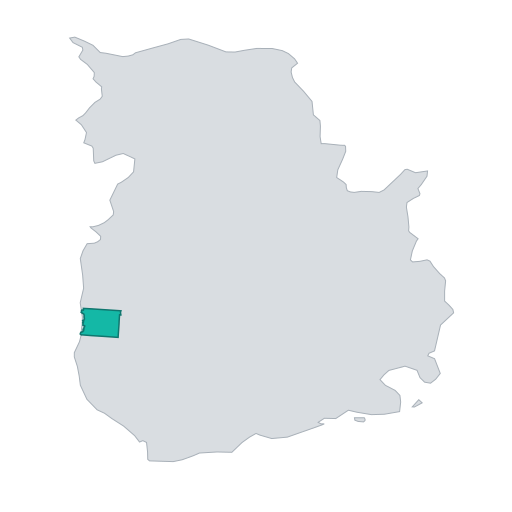 Anlong Veaeng, Siemréab, Cambodia (highlighted), rotated 274°
{"feature_id": "14789045B31734581894199", "entity_name": "Anlong Veaeng", "entity_type": "district", "adm_level": 2, "iso_a3": "KHM", "parent_name": "Cambodia", "parent_adm1": "Siemréab", "projection": "natural_earth1", "projection_center": [103.997, 14.166], "detail": "fine", "context": "in_parent", "style": "filled", "palette": "teal", "viewbox_px": 512, "rotation_deg": 274, "n_neighbors": 0, "source": "geoboundaries", "source_scale": "gbopen_adm2", "svg_char_len": 5132}
<svg xmlns="http://www.w3.org/2000/svg" viewBox="0 0 512 512"><g transform="rotate(274 256 256)"><path d="M460.4,54.9L461.7,60.0L458.4,69.8L454.8,78.7L448.1,86.4L447.8,92.1L445.6,109.1L446.5,114.5L448.1,119.1L450.3,121.6L456.2,138.2L461.5,153.4L466.8,165.8L467.8,173.7L463.0,193.6L457.5,211.8L458.0,220.9L460.4,230.1L463.1,242.2L464.1,257.8L462.7,267.9L460.2,274.2L455.4,280.7L451.2,284.0L446.1,278.5L442.0,278.2L436.6,279.9L432.3,282.4L423.7,291.9L414.1,301.1L400.8,303.4L395.6,310.3L390.0,311.2L379.5,311.6L372.6,313.2L372.9,316.6L372.4,332.9L372.6,336.7L371.5,337.7L366.7,338.2L358.7,335.7L347.7,331.6L339.9,331.0L335.9,338.1L333.6,340.9L330.6,341.3L327.5,342.5L326.5,345.7L326.3,349.6L327.8,356.4L328.3,367.1L328.0,374.4L330.8,379.1L347.6,394.6L352.5,398.5L353.1,400.8L350.2,409.3L352.8,421.2L347.5,421.0L338.8,415.9L334.6,412.8L329.6,415.2L327.8,414.8L324.4,408.9L319.9,402.9L315.3,402.6L305.5,404.9L295.6,406.5L291.8,406.5L290.3,407.6L284.5,416.5L282.1,415.0L272.0,411.6L262.9,410.3L261.0,412.6L262.1,419.8L264.1,426.9L263.0,429.9L257.9,433.7L251.3,440.4L247.2,445.6L244.4,446.9L234.3,446.6L224.2,447.3L220.2,452.2L216.4,456.1L213.1,457.1L200.0,444.9L173.8,440.7L171.0,435.3L168.4,434.3L166.0,441.3L151.7,448.0L145.7,443.9L141.3,439.0L141.9,433.0L146.1,428.1L153.2,424.6L156.5,412.3L151.1,396.5L146.3,391.9L141.3,388.3L136.0,394.1L131.6,404.2L126.9,409.3L120.4,410.5L110.8,410.1L107.1,395.1L105.8,382.2L107.2,367.6L108.6,358.9L99.4,346.9L98.9,335.5L94.4,329.6L93.1,332.5L93.3,335.8L92.0,333.4L77.5,299.9L75.0,284.4L77.6,272.4L79.0,268.4L74.8,262.1L68.9,255.0L58.5,245.6L57.8,230.8L55.5,213.3L52.4,207.4L47.6,196.6L45.1,187.7L44.2,164.1L45.6,162.2L53.0,161.5L62.4,159.8L63.9,156.0L62.3,152.8L68.3,147.5L77.1,135.8L83.8,123.5L88.6,115.8L91.5,108.2L101.3,97.3L114.8,89.8L123.9,88.0L133.4,85.5L142.6,81.8L146.9,81.5L158.2,85.9L164.3,87.0L170.7,87.0L177.4,87.4L183.2,87.0L197.1,83.9L211.8,86.3L224.9,84.4L241.2,80.9L249.2,83.1L256.5,86.7L257.5,93.8L259.2,97.1L261.6,99.7L264.8,99.7L269.0,94.6L272.4,89.5L273.6,88.5L273.7,91.1L275.5,96.7L278.6,102.2L281.7,105.8L287.0,110.7L290.4,110.9L301.5,106.3L318.1,113.0L320.1,116.4L325.5,123.2L331.4,128.0L344.4,128.4L349.0,116.4L346.7,109.1L339.3,96.3L337.2,88.8L339.6,87.5L352.1,86.1L354.2,84.6L356.9,76.3L360.3,77.3L367.3,78.3L374.7,72.7L379.0,66.8L381.4,69.5L384.0,73.6L386.8,76.0L392.2,79.6L398.0,84.6L401.6,89.6L404.6,91.5L412.0,90.1L414.0,90.3L418.3,84.3L421.4,81.1L423.9,82.0L427.7,81.9L435.4,74.3L439.9,67.3L442.3,65.4L449.3,68.9L452.1,68.2L456.1,58.6L460.4,54.9ZM102.2,375.3L100.7,376.2L99.4,376.2L98.0,374.8L98.1,369.4L99.1,366.1L101.5,365.5L102.2,375.3ZM124.0,428.4L121.1,432.0L116.4,424.5L116.4,422.4L124.0,428.4Z" fill="#d9dde1" stroke="#a8b0b8" stroke-width="1"/><path d="M191.9,125.1L191.9,120.8L191.8,97.4L191.8,97.2L191.8,96.0L191.7,87.5L191.3,87.6L191.1,87.6L190.9,87.6L190.7,87.7L190.4,87.7L190.2,87.7L189.9,87.5L189.8,87.4L189.9,87.1L190.0,86.7L190.0,86.3L190.0,86.1L189.9,86.0L189.7,85.9L189.4,85.7L189.2,85.7L189.1,85.8L188.9,85.8L188.7,85.9L188.4,85.8L188.3,85.7L188.2,85.7L187.8,85.6L187.7,85.5L187.4,85.9L187.4,86.0L187.4,86.3L187.1,86.4L186.9,86.5L186.7,86.7L186.7,86.8L186.7,87.0L186.6,87.3L186.5,87.6L186.4,87.6L186.3,87.8L186.2,88.1L186.0,88.3L185.9,88.3L185.7,88.5L185.3,88.5L185.2,88.6L184.9,88.6L184.7,88.7L184.6,88.8L184.4,88.9L184.2,88.9L183.9,88.8L183.8,88.7L183.7,88.7L183.4,88.7L183.4,88.8L183.2,88.9L182.9,89.0L182.7,89.0L182.4,88.9L182.2,88.9L182.1,89.0L181.9,89.0L181.7,89.1L181.4,89.1L181.3,89.3L181.2,89.3L181.1,89.2L180.9,89.0L180.8,88.9L180.6,88.9L180.3,89.0L180.2,88.9L179.9,88.7L179.7,88.4L179.7,88.1L179.7,87.9L179.7,87.7L179.4,87.5L179.2,87.6L179.0,87.8L178.9,87.9L178.8,88.0L178.7,88.2L178.6,88.3L178.6,88.5L178.4,88.6L178.2,88.5L177.9,88.5L177.8,88.4L177.7,88.2L177.5,87.9L177.4,87.7L177.2,87.7L177.0,87.9L176.8,88.0L176.7,88.2L176.3,88.2L176.1,88.2L175.9,88.2L175.6,88.2L175.4,88.1L175.2,88.1L174.9,88.1L174.7,88.4L174.6,88.6L174.6,88.8L174.5,89.0L174.6,89.4L174.6,89.5L174.6,89.8L174.4,90.0L174.2,90.0L174.1,89.9L173.9,89.9L173.7,89.8L173.4,89.9L173.2,89.8L173.0,89.7L172.9,89.6L172.7,89.4L172.3,89.4L172.1,89.5L171.9,89.5L171.8,89.4L171.7,89.3L171.4,89.2L171.2,89.3L170.9,89.4L170.8,89.2L170.9,88.9L171.0,88.7L170.9,88.6L170.7,88.7L170.5,88.8L170.4,88.8L170.2,88.8L169.9,88.8L169.7,88.8L169.6,89.1L169.5,89.3L169.4,89.3L169.3,89.2L169.2,89.0L169.2,88.9L169.0,88.7L168.9,88.5L168.6,88.5L168.6,88.4L168.5,88.2L168.4,87.9L168.3,87.7L168.1,87.6L167.8,87.6L167.7,87.5L167.7,87.4L167.7,87.1L167.8,87.0L167.8,86.9L167.8,86.7L167.7,86.6L167.4,86.5L167.2,86.4L166.9,86.3L166.6,86.2L166.4,86.2L166.2,86.1L165.8,86.2L165.7,86.2L165.6,86.4L165.5,86.5L165.4,86.6L165.3,87.0L165.2,87.2L165.1,87.3L165.1,87.5L165.3,87.7L165.3,87.8L165.2,87.9L165.1,97.4L165.2,108.9L165.2,110.6L165.2,120.8L165.2,124.1L166.7,124.1L169.9,124.1L173.3,124.1L175.2,124.1L178.5,124.1L181.9,124.0L187.9,124.0L187.9,124.3L187.8,124.5L187.7,124.6L187.7,124.8L187.7,125.0L187.7,125.3L187.9,125.3L188.3,125.2L188.5,125.1L189.0,125.0L189.5,124.9L190.0,124.8L190.3,124.8L190.7,124.8L191.0,124.8L191.5,125.0L191.9,125.1Z" fill="#14b8a6" stroke="#0f766e" stroke-width="1.5"/></g></svg>